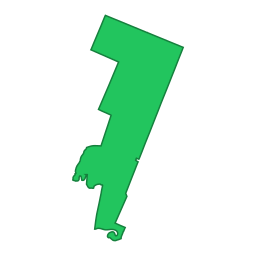 Munteni-Buzau, Ialomita, Romania (orthographic projection)
{"feature_id": "2599482B31913750834640", "entity_name": "Munteni-Buzau", "entity_type": "district", "adm_level": 2, "iso_a3": "ROU", "parent_name": "Romania", "parent_adm1": "Ialomita", "projection": "orthographic", "projection_center": [26.968, 44.659], "detail": "fine", "context": "isolated", "style": "filled", "palette": "green", "viewbox_px": 256, "rotation_deg": 0, "n_neighbors": 0, "source": "geoboundaries", "source_scale": "gbopen_adm2", "svg_char_len": 3964}
<svg xmlns="http://www.w3.org/2000/svg" viewBox="0 0 256 256"><path d="M181.2,52.6L183.2,47.4L158.4,37.2L154.5,35.6L148.0,32.9L147.4,32.7L147.1,32.6L146.9,32.5L146.9,32.4L146.6,32.4L138.7,29.1L105.4,15.4L105.1,16.0L104.3,17.8L101.0,25.9L94.2,42.0L91.4,48.8L90.9,49.8L118.6,62.0L108.7,85.7L98.5,109.4L102.2,111.2L110.6,114.9L111.0,115.1L111.1,115.3L108.3,123.9L105.5,132.3L102.6,141.1L101.0,145.9L95.7,145.7L94.7,145.7L93.8,145.7L92.9,145.8L92.1,145.9L91.4,146.0L90.3,146.3L89.0,146.7L86.6,147.5L86.6,147.9L86.3,148.7L85.4,149.7L84.8,150.2L84.1,151.2L83.9,151.8L83.7,152.8L83.4,153.6L81.9,155.6L81.2,156.7L80.6,158.3L80.4,159.4L80.3,160.1L80.2,160.8L79.9,161.4L79.5,162.1L79.0,163.1L78.5,163.7L78.0,164.4L77.8,164.7L77.5,165.2L77.2,165.6L76.9,166.1L76.6,166.8L76.2,167.8L76.1,168.1L76.0,168.5L75.9,169.0L75.7,169.5L75.5,170.5L75.5,170.9L75.4,171.3L75.5,171.7L75.6,172.1L75.7,172.5L75.9,173.1L75.2,173.7L75.3,173.8L75.0,174.0L75.2,174.3L75.2,174.5L75.0,174.8L74.8,175.1L74.7,175.3L74.3,175.5L74.1,175.8L73.9,176.0L73.6,176.4L73.5,176.6L73.3,176.9L73.2,177.2L73.2,177.3L73.1,177.5L73.1,177.8L73.0,178.0L73.1,178.4L73.1,178.5L72.8,180.0L73.5,180.3L74.1,180.6L74.4,180.6L74.8,180.7L75.3,180.9L75.8,181.1L76.4,181.0L77.1,181.0L77.5,180.9L78.0,180.8L78.7,180.1L78.8,179.9L79.0,179.6L79.1,179.0L79.1,178.2L79.1,177.7L79.2,177.2L79.5,176.3L79.9,175.9L80.3,175.9L80.9,176.2L81.0,176.6L81.2,176.9L81.4,178.3L81.8,180.2L82.9,180.4L83.6,180.2L84.4,179.6L85.0,178.6L85.5,177.2L85.9,176.1L86.4,175.0L85.8,174.6L86.4,174.6L87.0,174.5L87.3,174.6L86.7,181.7L86.5,184.2L87.1,185.3L87.8,186.6L87.9,186.8L88.3,187.2L88.4,187.4L88.6,187.5L88.9,187.8L89.0,187.9L89.1,188.0L89.3,188.1L89.5,188.1L89.8,188.1L90.0,188.1L90.5,188.1L90.9,188.1L91.0,188.1L91.4,188.0L91.7,188.1L91.9,188.1L92.0,188.1L92.3,188.2L92.5,188.2L92.9,188.3L93.3,188.2L93.6,188.1L94.0,186.3L95.1,185.4L96.6,184.6L97.8,184.3L99.2,184.1L100.2,184.1L100.3,184.2L100.5,184.3L100.7,184.5L101.0,184.7L101.1,184.9L101.3,184.9L101.6,184.9L101.9,184.9L102.1,184.9L102.3,184.9L102.4,185.0L102.5,185.1L102.6,185.3L102.5,185.5L102.5,185.9L102.3,186.9L102.1,187.9L101.8,189.4L101.5,190.9L101.4,191.3L101.4,191.5L101.2,192.9L99.2,202.8L96.7,214.5L95.7,221.0L94.7,229.1L95.3,229.1L96.1,228.9L97.1,228.5L97.8,228.3L99.0,228.3L100.2,228.5L100.8,228.6L101.4,228.8L104.2,229.6L105.3,229.8L107.1,229.8L109.1,229.6L110.7,229.4L111.7,229.4L113.2,229.5L114.2,229.7L115.1,230.1L115.9,230.4L116.6,231.0L117.0,231.4L117.3,232.0L117.7,233.1L117.7,233.6L117.6,234.2L117.4,234.8L117.2,235.1L116.9,235.5L116.6,235.7L116.2,235.8L115.9,235.8L115.6,235.7L115.4,235.4L115.1,234.9L115.0,234.5L114.6,233.3L114.2,232.7L113.7,232.2L113.2,231.9L112.6,231.8L112.1,231.8L111.6,231.9L111.1,232.1L110.4,232.3L109.8,232.6L109.2,232.9L108.6,233.6L108.1,234.2L107.8,234.8L107.6,235.5L107.5,236.0L107.5,236.5L107.7,237.0L107.9,237.2L108.2,237.5L108.5,237.7L109.0,237.7L109.4,237.6L109.8,237.6L110.1,237.8L110.5,238.2L110.9,238.6L111.5,239.1L112.5,239.9L113.1,240.3L113.8,240.5L114.5,240.6L115.2,240.6L115.7,240.6L116.3,240.3L117.2,240.0L118.6,239.6L119.4,239.3L121.1,238.6L121.1,238.0L121.1,237.7L121.2,237.3L121.3,236.8L121.4,236.5L121.6,235.9L122.1,234.7L122.2,234.4L122.4,234.0L122.6,233.6L122.7,233.0L122.9,232.6L123.2,231.8L123.3,231.6L123.4,231.4L123.5,231.4L123.8,230.9L124.1,230.0L125.2,227.5L120.2,225.4L115.1,223.1L117.4,217.9L121.2,209.3L123.8,203.4L126.9,196.4L125.7,193.3L128.4,186.4L130.7,180.5L132.3,176.4L134.6,170.6L135.0,169.6L135.1,169.2L135.3,168.8L135.5,168.4L135.6,167.9L135.9,167.2L136.1,166.8L136.2,166.4L136.4,166.0L136.5,165.6L136.7,165.3L136.8,164.9L137.0,164.5L137.1,164.2L137.5,163.2L137.8,162.4L138.1,161.9L137.3,161.4L136.7,161.1L136.2,160.7L135.7,160.4L136.1,159.5L135.9,159.4L136.4,158.2L138.9,159.2L139.0,159.1L142.1,151.3L145.1,143.5L149.9,131.6L155.4,117.6L158.1,110.8L160.8,103.8L163.6,96.8L166.4,89.9L169.2,82.9L172.0,75.8L174.8,68.8L177.6,61.6L180.4,54.5L181.2,52.6Z" fill="#22c55e" stroke="#15803d" stroke-width="1.5"/></svg>